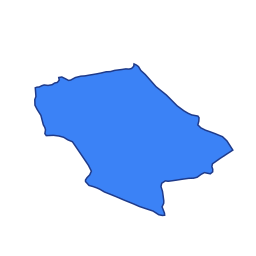 Överkalix, Norrbotten, Sweden, rotated 320°
{"feature_id": "70781695B62511504929607", "entity_name": "Överkalix", "entity_type": "district", "adm_level": 2, "iso_a3": "SWE", "parent_name": "Sweden", "parent_adm1": "Norrbotten", "projection": "mercator", "projection_center": [22.529, 66.493], "detail": "fine", "context": "isolated", "style": "filled", "palette": "blue", "viewbox_px": 256, "rotation_deg": 320, "n_neighbors": 0, "source": "geoboundaries", "source_scale": "gbopen_adm2", "svg_char_len": 1491}
<svg xmlns="http://www.w3.org/2000/svg" viewBox="0 0 256 256"><g transform="rotate(320 128 128)"><path d="M82.8,37.6L77.7,44.7L74.9,46.3L71.4,50.7L70.4,55.0L69.4,62.3L65.2,71.1L64.6,74.2L63.6,76.4L60.7,78.9L60.5,81.3L62.3,82.7L66.2,85.7L69.9,89.7L72.7,93.7L74.3,98.4L76.6,102.8L75.1,118.0L73.7,131.2L72.2,137.5L68.6,139.3L64.7,139.7L62.0,140.5L61.0,141.8L61.1,143.4L61.2,146.9L63.6,150.4L65.6,153.8L67.0,156.7L68.8,161.8L74.1,171.7L78.6,180.6L83.4,189.6L86.3,195.5L90.1,201.7L93.8,207.7L95.8,214.2L98.1,217.1L100.0,218.4L101.2,216.7L103.4,210.3L107.0,208.6L108.6,206.8L111.7,201.9L113.7,198.7L115.6,194.1L118.3,192.0L122.6,192.5L124.5,194.6L128.1,196.9L131.5,199.0L136.8,202.2L142.2,205.6L146.0,208.6L149.4,210.2L154.3,210.5L157.9,211.3L159.3,213.1L161.6,216.0L164.7,216.0L166.4,214.1L167.4,211.5L169.7,209.7L179.2,210.5L194.1,212.3L195.5,201.4L194.8,195.4L192.8,191.6L191.2,188.5L188.3,183.4L185.9,179.4L183.9,174.7L183.5,170.5L186.6,168.3L189.0,165.8L189.2,163.8L188.3,162.7L185.2,158.9L183.5,155.4L181.9,150.9L179.9,142.7L178.6,127.4L176.0,114.3L175.6,98.1L174.8,92.2L175.5,87.7L174.9,85.2L173.8,82.8L172.1,84.4L169.0,84.7L166.6,83.5L164.3,81.3L161.0,79.3L157.9,77.3L154.8,75.3L150.8,73.5L147.4,70.9L142.8,68.6L138.8,66.4L133.2,63.1L128.5,60.4L125.2,58.0L120.1,55.5L114.7,54.4L113.0,53.3L111.8,50.2L110.1,46.4L107.4,44.8L106.1,47.1L103.2,47.7L100.7,46.4L97.6,46.0L94.1,44.0L91.4,41.1L89.2,40.2L86.3,39.5L84.5,38.2L82.8,37.6Z" fill="#3b82f6" stroke="#1e3a8a" stroke-width="1.5"/></g></svg>